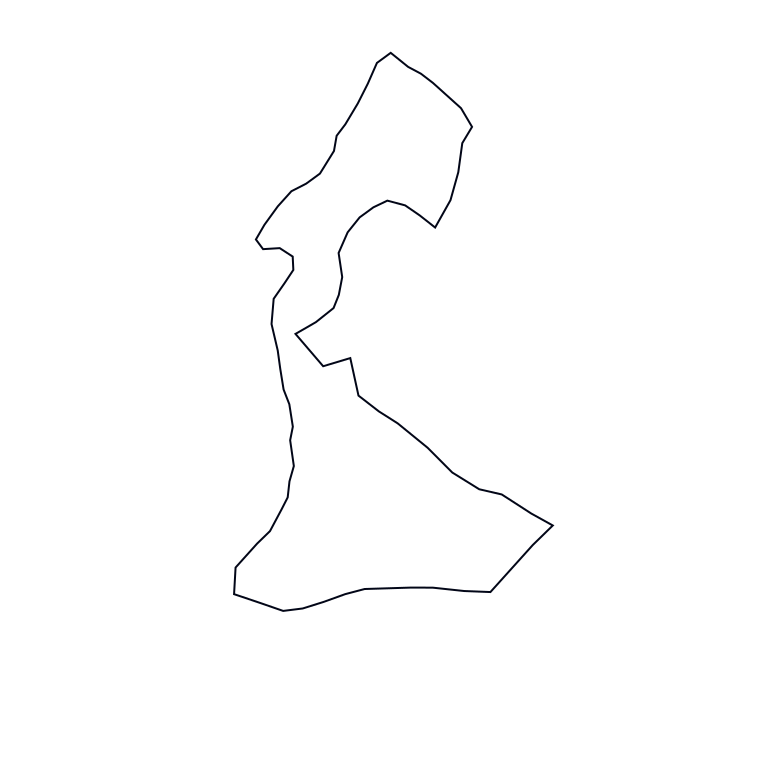 Pigi, Cyprus, rotated 222°
{"feature_id": "46923920B21676423374692", "entity_name": "Pigi", "entity_type": "district", "adm_level": 2, "iso_a3": "CYP", "parent_name": "Cyprus", "parent_adm1": "", "projection": "natural_earth1", "projection_center": [33.773, 35.218], "detail": "fine", "context": "isolated", "style": "outline", "palette": "ink", "viewbox_px": 768, "rotation_deg": 222, "n_neighbors": 0, "source": "geoboundaries", "source_scale": "gbopen_adm2", "svg_char_len": 1150}
<svg xmlns="http://www.w3.org/2000/svg" viewBox="0 0 768 768"><g transform="rotate(222 384 384)"><path d="M163.9,391.8L187.8,386.3L222.6,380.7L242.8,369.5L274.0,363.9L308.9,365.8L347.5,363.9L369.5,360.2L395.2,358.3L426.4,380.7L441.1,356.5L483.3,362.0L476.0,384.4L472.3,406.7L477.2,420.0L486.6,435.5L505.4,451.0L512.5,472.4L513.6,491.5L510.1,508.2L504.2,522.5L487.8,530.9L470.2,533.2L450.7,534.5L457.6,565.1L470.5,591.1L487.0,615.4L490.6,634.0L511.3,640.5L532.4,640.5L548.9,640.5L564.2,639.3L578.3,635.8L600.6,634.6L604.1,617.9L597.0,596.4L591.2,575.0L586.5,551.1L585.3,536.8L577.1,523.7L572.4,497.5L575.9,480.8L581.8,465.3L581.8,453.4L581.8,445.0L579.4,422.4L575.9,405.7L564.1,403.3L552.4,415.2L537.1,417.6L527.7,408.1L525.4,392.6L523.0,373.5L507.7,353.3L485.4,337.8L471.3,325.9L454.9,312.7L440.8,305.6L423.2,291.3L416.1,279.4L396.1,262.7L389.1,248.4L379.7,235.3L376.2,222.2L370.3,198.4L371.5,180.5L371.5,161.4L371.5,148.3L354.8,127.5L329.1,138.6L307.1,147.9L294.2,162.8L283.2,181.4L272.2,201.9L261.2,218.7L228.2,250.3L211.6,265.2L185.9,283.8L165.7,300.6L165.7,321.1L165.7,363.9L163.9,391.8Z" fill="none" stroke="#020617" stroke-width="2"/></g></svg>